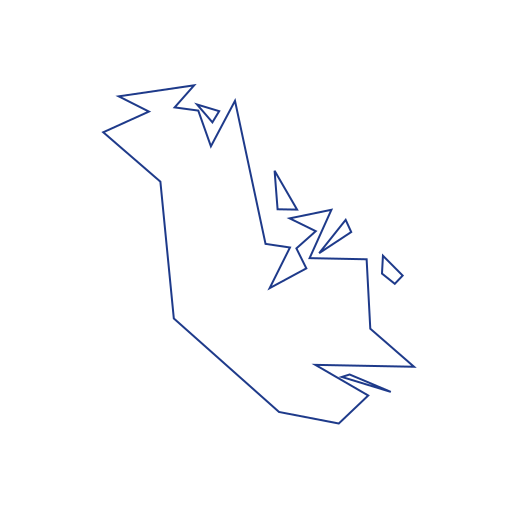 Stockholm, Albers equal-area conic projection, rotated 292°
{"feature_id": "SWE-194", "entity_name": "Stockholm", "entity_type": "County", "adm_level": 1, "iso_a3": "SWE", "parent_name": "Sweden", "parent_adm1": "", "projection": "albers", "projection_center": [18.361, 59.539], "detail": "coarse", "context": "isolated", "style": "outline", "palette": "blue", "viewbox_px": 512, "rotation_deg": 292, "n_neighbors": 0, "source": "natural_earth", "source_scale": "10m", "svg_char_len": 744}
<svg xmlns="http://www.w3.org/2000/svg" viewBox="0 0 512 512"><g transform="rotate(292 256 256)"><path d="M313.5,68.0L349.8,102.6L352.6,68.9L391.1,134.7L363.3,124.9L369.2,148.0L340.8,173.1L392.0,178.4L270.8,260.3L276.6,284.3L231.3,280.7L263.4,307.3L278.2,290.6L301.4,302.1L303.5,273.1L327.1,308.6L274.1,306.5L294.4,359.8L231.4,389.2L212.5,444.0L177.3,351.8L168.7,412.3L131.7,395.5L120.0,335.8L167.3,203.2L289.1,139.5L313.5,68.0ZM342.0,241.3L314.4,276.7L307.4,258.5L342.0,241.3ZM181.2,387.2L180.5,431.9L176.0,380.9L181.2,387.2ZM303.8,373.6L292.8,399.3L282.2,395.1L286.9,379.4L303.8,373.6ZM313.9,335.3L282.3,313.5L323.1,325.6L313.9,335.3ZM374.4,144.6L376.5,167.6L363.6,165.5L374.4,144.6Z" fill="none" stroke="#1e3a8a" stroke-width="2"/></g></svg>